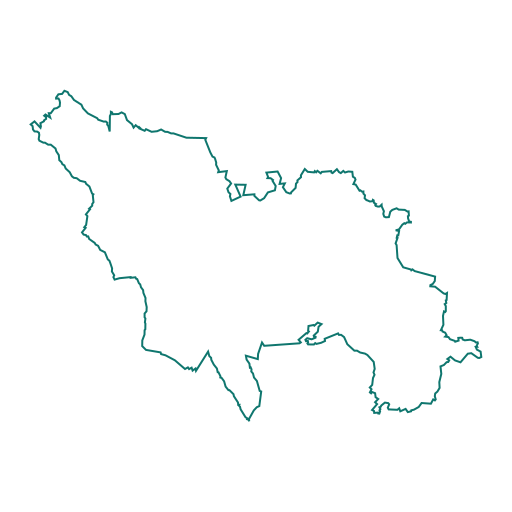 Atlixco, Puebla, Mexico (Albers equal-area conic projection)
{"feature_id": "50627088B38738357481800", "entity_name": "Atlixco", "entity_type": "district", "adm_level": 2, "iso_a3": "MEX", "parent_name": "Mexico", "parent_adm1": "Puebla", "projection": "albers", "projection_center": [-98.439, 18.901], "detail": "fine", "context": "isolated", "style": "outline", "palette": "teal", "viewbox_px": 512, "rotation_deg": 0, "n_neighbors": 0, "source": "geoboundaries", "source_scale": "gbopen_adm2", "svg_char_len": 6034}
<svg xmlns="http://www.w3.org/2000/svg" viewBox="0 0 512 512"><path d="M161.1,354.1L165.5,355.3L174.9,360.3L185.0,369.0L187.9,367.4L189.1,369.1L191.6,367.7L192.6,370.6L195.5,368.5L196.0,370.8L208.1,351.6L209.3,356.1L211.1,357.8L211.3,359.8L213.8,364.6L216.9,368.5L217.7,372.2L218.5,372.3L220.5,376.4L220.3,377.5L221.7,378.0L224.1,381.3L225.6,386.6L228.4,390.1L229.4,390.1L233.5,394.2L233.9,396.2L238.0,402.5L238.2,404.8L239.2,404.8L238.8,405.5L240.0,406.7L240.6,409.3L245.5,417.2L247.4,418.4L247.1,419.2L248.3,419.5L249.2,421.2L249.0,419.0L253.8,410.4L256.8,407.2L259.3,406.1L261.2,391.5L259.7,390.9L256.9,381.0L254.0,377.5L253.0,373.5L251.3,371.5L251.5,369.3L250.6,367.3L249.9,367.6L249.4,363.6L246.6,359.6L245.9,355.7L257.8,359.1L258.1,353.9L262.0,342.5L264.2,345.8L299.5,343.3L300.8,342.4L298.6,339.8L306.4,333.1L307.2,333.5L308.9,331.5L308.1,330.9L308.5,326.0L313.6,325.0L314.3,325.7L317.7,322.6L321.5,324.1L318.6,326.7L317.8,331.7L313.7,335.6L314.0,336.5L315.6,336.8L315.5,337.7L311.6,339.3L307.2,338.2L305.4,339.8L306.0,341.2L307.8,340.9L308.1,342.4L307.4,343.4L308.1,344.4L313.9,344.5L315.2,343.1L316.4,343.9L321.1,342.8L325.0,341.0L324.7,338.8L338.1,333.4L338.9,334.9L341.2,334.9L344.1,337.1L347.3,344.2L354.4,350.7L357.1,350.7L360.1,352.5L365.0,353.6L367.4,355.0L373.7,361.9L374.7,368.9L373.5,372.4L374.5,374.8L373.0,378.0L372.2,384.9L369.8,387.5L371.5,389.2L369.9,392.4L371.1,393.3L372.0,392.0L375.1,393.2L375.6,397.2L378.2,399.0L375.1,402.2L377.1,404.1L372.1,410.0L374.0,411.0L374.2,412.9L377.9,412.6L378.2,413.5L379.3,413.6L380.1,411.3L379.5,410.2L380.4,409.1L379.4,407.3L380.8,406.7L381.2,405.6L384.9,402.6L388.2,403.1L389.2,404.3L387.8,407.7L388.7,409.4L397.4,409.8L399.2,408.3L400.3,411.3L405.6,408.9L407.8,412.1L411.1,411.3L411.3,410.3L413.9,409.7L418.7,407.0L421.6,403.0L430.9,403.7L433.2,399.4L434.9,400.4L435.7,399.4L434.8,396.2L435.2,393.5L437.4,391.6L439.6,387.9L439.3,382.1L441.3,373.9L440.5,366.4L443.9,365.0L446.6,362.2L448.2,362.0L449.2,360.3L447.4,359.0L450.5,356.7L455.0,360.4L460.5,362.3L467.8,353.7L471.3,353.2L477.8,357.8L479.2,358.0L481.3,357.0L480.6,351.6L476.9,349.6L475.7,346.9L477.2,346.8L476.6,345.9L477.9,343.4L477.6,342.3L476.0,342.5L474.5,341.2L470.3,339.7L464.8,340.3L462.7,339.5L462.2,337.8L460.9,337.7L458.3,337.9L458.6,340.6L455.2,341.7L454.8,340.9L450.0,339.2L448.5,337.1L445.2,336.6L446.6,335.2L445.2,332.7L442.5,331.5L442.1,330.3L440.9,330.2L443.4,324.8L443.0,315.9L444.0,311.4L445.2,312.0L445.8,311.2L445.8,306.1L444.7,304.1L446.3,303.0L445.8,300.4L446.6,300.0L447.0,293.0L445.4,294.0L443.6,293.4L435.1,286.7L430.3,286.3L430.4,285.1L432.8,283.9L434.8,281.0L435.1,276.6L414.7,271.1L412.5,269.4L411.3,270.3L410.9,269.5L403.2,267.3L397.5,258.0L396.6,245.1L395.6,243.4L397.5,238.0L396.7,237.8L397.3,235.3L398.3,235.4L399.1,231.0L395.7,230.3L399.0,229.4L402.3,224.7L404.3,223.2L405.2,223.8L407.0,222.4L410.9,222.5L410.9,221.8L409.2,221.5L408.1,218.5L407.9,216.2L408.9,215.6L408.6,211.4L407.6,211.6L404.8,209.9L398.7,209.6L396.6,208.3L392.3,209.9L390.3,211.7L388.9,217.1L385.9,217.3L384.2,216.6L383.3,213.9L383.9,211.2L381.7,206.4L381.6,204.7L379.7,206.5L378.0,206.6L375.7,205.9L375.2,205.0L376.0,204.0L373.9,202.7L373.7,200.4L372.9,199.9L372.6,201.2L369.9,201.5L366.3,199.9L366.9,200.6L364.6,198.2L365.0,195.3L363.4,193.6L363.4,191.5L362.1,191.7L360.3,190.3L359.5,190.7L355.7,184.6L353.4,184.1L355.5,179.6L354.8,177.9L352.9,176.7L352.3,171.8L348.3,171.5L345.0,172.5L343.3,170.9L340.8,173.1L339.0,172.1L336.9,169.2L332.6,173.1L331.5,172.6L331.2,171.1L321.8,171.9L320.7,173.3L317.4,170.8L316.1,172.3L314.8,171.1L314.1,172.4L307.7,171.8L304.8,169.0L300.9,175.3L301.0,177.2L297.4,180.4L297.5,182.1L296.0,183.6L295.6,187.9L291.1,192.4L290.9,193.4L289.7,193.5L286.3,192.2L282.9,187.2L284.8,183.4L279.6,183.9L281.1,178.1L277.6,171.5L266.4,172.6L268.1,177.0L267.5,178.1L270.6,178.2L273.0,180.0L272.5,180.8L275.7,186.0L274.9,190.3L267.9,192.4L264.1,198.2L260.3,200.5L259.1,200.3L254.4,195.9L254.4,194.3L243.3,195.2L245.6,184.8L235.3,184.6L240.6,196.6L231.4,200.9L229.9,196.3L230.4,194.0L228.5,192.2L227.3,188.6L231.1,183.5L229.5,181.2L226.3,179.2L225.4,177.5L226.8,171.1L218.2,172.2L218.8,170.4L216.1,164.8L216.2,162.5L215.1,158.9L214.5,157.5L212.5,156.6L210.3,152.4L205.3,139.8L206.1,138.1L186.4,137.7L173.5,133.4L171.1,133.4L167.6,131.9L165.1,131.8L161.1,129.5L157.2,131.2L151.6,131.8L146.0,129.2L144.7,130.8L139.9,128.7L140.3,128.2L139.0,127.0L138.5,127.6L135.7,125.2L133.6,127.6L132.0,124.2L127.0,120.1L124.8,114.1L121.6,112.4L118.5,114.0L112.8,114.2L112.0,112.3L110.9,111.8L110.9,114.0L109.9,116.0L109.7,131.5L108.3,125.9L107.2,124.6L107.3,122.7L105.8,121.5L103.7,121.6L98.2,119.7L97.2,118.2L87.9,113.4L83.1,108.4L81.4,104.7L74.0,100.0L71.3,96.2L69.1,94.9L67.7,92.1L64.4,90.8L62.1,93.9L58.4,94.3L56.1,97.6L56.1,98.6L58.5,98.5L59.5,100.3L60.0,102.6L59.7,106.2L56.9,108.1L54.2,108.6L50.8,113.2L48.8,113.2L50.2,117.6L45.5,114.5L44.2,115.7L46.1,117.2L46.1,118.9L44.0,120.4L43.9,121.3L40.4,123.2L40.9,126.4L40.5,127.8L34.5,121.4L30.7,124.4L32.6,126.1L33.0,129.5L34.5,131.4L37.2,131.6L38.9,132.7L39.3,134.9L38.7,139.1L39.4,140.7L43.4,142.7L45.0,142.7L48.2,144.7L50.8,144.7L55.5,148.5L56.3,151.3L58.8,155.1L59.3,160.2L61.4,162.1L62.4,164.2L64.4,165.4L65.7,168.5L69.7,172.2L71.9,176.3L73.8,177.8L76.7,178.2L80.1,180.8L85.3,182.0L86.1,183.8L89.4,186.5L92.1,193.6L93.4,194.3L92.8,195.3L93.5,202.2L92.2,204.0L92.2,205.7L89.1,208.7L90.0,209.3L85.9,214.4L87.4,216.1L86.1,225.0L84.3,227.2L85.6,227.9L82.0,232.4L83.6,234.6L86.0,235.1L86.8,236.5L88.2,236.4L89.2,239.0L94.8,243.0L95.6,244.5L98.1,245.8L100.2,249.9L104.9,252.3L107.8,259.4L109.4,260.7L110.2,262.8L112.1,268.4L111.9,271.5L114.2,275.3L113.4,277.1L114.6,279.6L119.5,278.2L130.6,277.1L130.6,277.8L135.4,277.3L136.1,278.7L137.2,279.1L138.9,283.2L140.2,284.4L141.0,287.3L143.1,290.1L143.4,292.9L145.5,298.0L145.4,301.3L146.7,307.1L146.5,311.3L144.6,313.5L144.6,317.3L145.4,318.5L144.9,322.4L145.4,323.6L145.3,329.3L144.6,330.2L144.5,334.6L142.3,340.4L142.2,346.1L146.0,349.9L160.6,352.4L161.1,354.1Z" fill="none" stroke="#0f766e" stroke-width="2"/></svg>